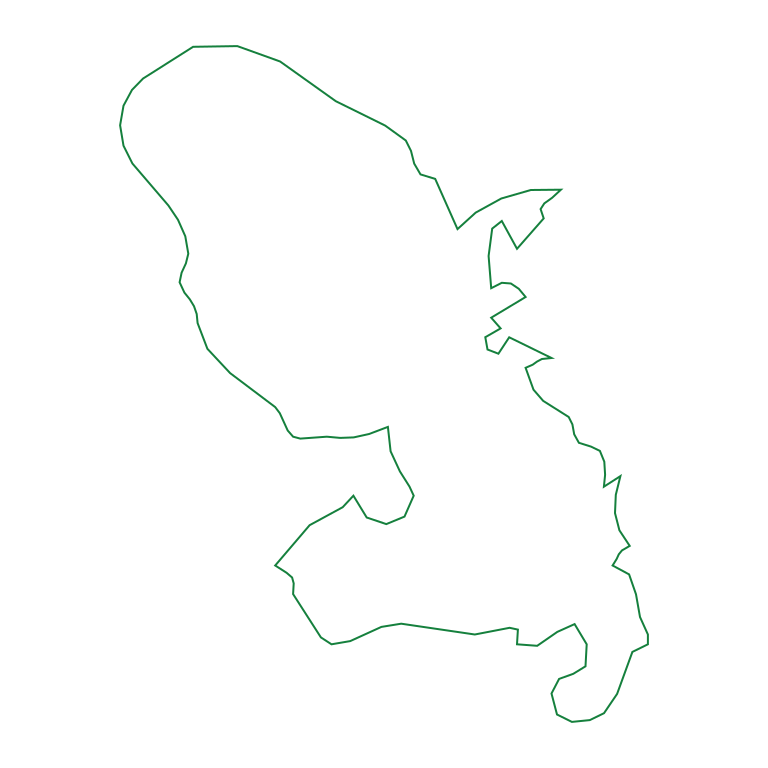 an SVG outline of Martinique
{"feature_id": "FRA-1442", "entity_name": "Martinique", "entity_type": "Overseas department", "adm_level": 1, "iso_a3": "FRA", "parent_name": "France", "parent_adm1": "", "projection": "robinson", "projection_center": [-60.978, 14.643], "detail": "fine", "context": "isolated", "style": "outline", "palette": "green", "viewbox_px": 768, "rotation_deg": 0, "n_neighbors": 0, "source": "natural_earth", "source_scale": "10m", "svg_char_len": 1718}
<svg xmlns="http://www.w3.org/2000/svg" viewBox="0 0 768 768"><path d="M647.9,644.3L632.4,651.9L617.1,693.9L604.0,713.2L589.8,720.1L571.9,721.9L557.0,714.5L551.5,693.5L559.1,678.9L573.3,673.8L585.5,666.3L586.7,644.3L574.6,624.1L557.3,631.9L537.2,645.8L517.0,644.3L517.9,629.6L509.6,627.8L474.8,634.5L401.2,623.7L381.4,626.9L350.2,641.1L331.5,644.3L320.9,637.4L293.1,594.1L293.7,583.4L292.1,577.5L286.6,572.8L275.2,565.5L309.6,525.2L342.7,507.2L353.4,495.7L366.7,517.5L386.3,524.1L404.5,516.6L413.7,495.7L409.5,486.6L399.9,471.4L390.6,451.3L387.9,426.9L369.1,434.0L353.7,437.4L340.2,437.9L326.8,436.7L300.3,438.6L293.1,436.7L287.7,430.5L279.8,413.2L275.2,407.1L230.1,373.1L207.4,348.8L197.6,323.1L196.7,314.0L194.0,306.2L189.8,299.3L184.4,292.6L179.6,282.3L181.6,272.7L185.9,263.4L188.3,253.7L185.3,236.3L178.0,219.8L168.4,205.5L132.4,163.5L123.5,145.7L120.1,125.3L123.5,105.7L132.0,89.9L143.1,78.5L193.1,46.8L237.3,46.1L280.1,61.5L335.8,101.2L385.2,125.6L405.8,140.5L411.0,150.9L414.2,163.6L420.5,174.4L435.2,178.9L457.5,229.1L475.7,212.6L501.3,198.5L530.8,190.0L560.9,189.7L552.1,197.8L544.3,203.4L540.6,209.1L543.7,218.4L517.0,248.8L501.8,221.0L492.2,228.6L488.6,256.0L491.2,288.2L501.8,282.8L510.9,283.5L518.8,288.8L525.6,297.0L491.2,317.7L500.6,328.4L485.3,337.2L487.5,349.5L498.4,353.7L509.2,337.3L551.5,358.0L541.9,359.0L537.0,361.6L532.7,364.7L525.6,367.8L533.5,389.7L543.2,400.9L568.7,417.0L572.4,424.4L574.2,434.3L578.9,442.8L591.0,446.6L599.9,450.9L604.3,461.7L605.1,474.8L603.9,486.7L620.4,476.1L615.8,494.8L615.0,513.1L619.4,530.3L629.7,545.9L622.0,550.4L618.8,554.3L616.7,558.9L612.6,565.5L629.1,574.4L636.0,594.3L640.0,617.0L647.9,634.5L647.9,644.3Z" fill="none" stroke="#15803d" stroke-width="2"/></svg>